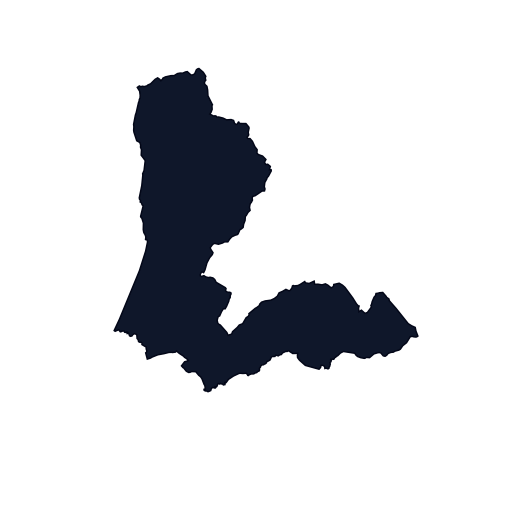 Mfantseman Municipal, Central, Ghana, rotated 116°
{"feature_id": "2480657B5340678211162", "entity_name": "Mfantseman Municipal", "entity_type": "district", "adm_level": 2, "iso_a3": "GHA", "parent_name": "Ghana", "parent_adm1": "Central", "projection": "albers", "projection_center": [-1.11, 5.277], "detail": "fine", "context": "isolated", "style": "filled", "palette": "ink", "viewbox_px": 512, "rotation_deg": 116, "n_neighbors": 0, "source": "geoboundaries", "source_scale": "gbopen_adm2", "svg_char_len": 6124}
<svg xmlns="http://www.w3.org/2000/svg" viewBox="0 0 512 512"><g transform="rotate(116 256 256)"><path d="M399.5,242.8L398.8,243.1L399.1,240.2L398.8,239.4L396.8,237.7L395.1,238.0L393.2,237.5L392.7,235.1L392.1,235.5L391.8,234.8L391.3,235.2L390.9,234.2L390.4,234.0L387.4,234.2L387.1,233.7L387.0,232.6L386.1,232.2L386.3,231.2L385.6,230.4L386.2,228.8L385.2,227.6L384.7,228.2L384.0,227.9L383.7,228.6L383.3,228.7L382.9,228.3L382.8,227.4L382.5,227.3L379.0,226.7L373.7,223.6L369.1,219.9L368.4,219.0L367.3,216.2L365.7,213.5L366.2,211.9L366.9,211.1L366.9,210.6L365.4,209.8L363.8,208.2L363.3,206.9L362.6,206.1L361.7,205.7L360.5,204.3L359.1,203.8L358.0,202.8L357.0,202.8L355.4,203.7L353.9,203.3L352.4,203.5L351.2,202.8L350.5,201.6L349.4,201.0L348.7,200.3L347.4,199.8L346.1,200.0L345.0,198.9L343.3,197.8L339.9,197.9L339.2,197.2L338.0,195.0L336.4,194.7L336.0,192.2L334.5,191.4L333.4,190.0L331.5,189.7L328.4,187.2L328.3,186.3L326.9,185.3L327.5,180.2L325.2,175.8L327.2,175.2L329.1,174.1L330.6,171.2L332.7,163.7L330.1,149.7L327.9,149.1L325.7,149.6L325.0,148.0L325.1,146.4L325.9,145.4L326.9,144.8L326.1,143.9L325.9,141.8L324.9,141.2L323.7,141.6L323.0,141.4L320.5,141.9L319.5,142.9L318.3,142.3L317.2,142.5L316.6,143.4L315.9,143.4L316.0,142.5L314.9,141.9L314.9,141.1L314.6,140.8L312.7,140.6L311.8,139.9L311.1,139.9L309.9,138.9L306.2,137.6L303.5,135.6L300.1,124.6L301.2,122.8L301.8,120.7L301.5,117.4L300.6,114.1L300.2,113.3L298.8,112.4L297.6,109.4L292.3,107.1L289.5,104.1L288.7,102.7L288.4,101.3L289.9,98.0L289.8,96.9L289.4,95.9L287.8,95.0L286.2,94.7L285.4,94.3L283.5,92.5L282.2,90.4L280.6,89.4L277.9,86.3L276.4,85.4L272.3,84.8L268.0,82.7L261.0,82.0L259.8,80.5L259.4,78.5L258.7,76.7L258.2,76.1L257.0,75.4L253.4,79.3L250.4,81.6L250.5,85.5L250.1,89.5L241.7,107.2L237.8,116.5L236.3,117.8L235.9,120.5L235.2,121.4L233.2,126.1L235.1,129.2L235.6,129.5L237.1,131.7L239.1,131.2L241.2,131.8L245.9,131.6L248.6,131.0L250.2,131.0L251.2,129.9L257.9,131.1L259.8,132.9L258.5,137.5L261.0,139.1L257.9,141.0L255.8,141.4L256.0,142.2L255.0,144.7L251.3,150.6L247.9,157.1L245.2,162.3L244.3,165.5L244.0,169.3L247.5,173.6L249.5,173.0L251.7,174.5L250.7,178.6L250.6,181.4L253.0,184.0L254.1,187.7L255.7,190.9L253.1,192.7L257.4,196.2L258.5,199.8L257.6,201.0L262.3,203.9L264.2,205.4L266.1,208.5L266.2,209.6L266.9,210.1L269.0,209.7L271.9,210.2L272.8,211.1L272.9,214.5L276.1,216.6L279.0,219.1L282.8,219.2L286.2,220.9L289.2,223.3L292.4,228.1L295.1,230.8L297.8,231.6L298.9,231.2L302.1,232.8L303.3,233.7L310.9,237.1L311.7,236.5L312.6,236.4L313.8,236.6L315.7,237.8L322.7,238.3L325.4,240.8L328.4,241.5L334.3,243.9L336.8,243.6L339.5,246.3L337.5,248.7L333.7,257.8L333.6,259.8L333.2,260.8L330.9,262.7L327.6,263.4L326.6,263.1L325.8,262.4L321.1,262.6L317.7,262.2L317.0,260.6L314.1,260.4L308.4,260.7L306.8,261.2L304.6,261.0L302.9,261.8L301.0,261.8L300.0,262.6L300.2,264.0L300.7,264.9L301.0,266.1L300.9,267.6L300.0,268.4L298.5,268.6L297.9,269.7L297.1,280.3L295.2,282.8L294.6,285.1L295.2,287.9L296.3,289.4L296.8,292.0L296.5,294.2L298.3,296.0L298.2,297.4L297.2,298.0L294.6,298.0L293.9,297.3L293.9,295.8L290.8,295.8L283.6,297.1L277.8,296.9L273.9,295.9L271.9,296.1L269.7,299.8L268.5,300.8L265.7,300.3L264.1,299.8L263.0,299.0L262.6,298.0L261.9,294.9L259.0,291.8L257.1,290.5L255.6,287.5L252.5,287.1L249.4,286.2L246.4,283.8L245.1,282.3L244.0,281.8L239.3,282.0L238.4,281.2L236.0,280.1L232.7,281.1L228.9,281.4L225.2,282.9L223.6,282.5L220.3,282.3L217.6,281.3L215.3,283.1L213.1,283.8L211.5,284.1L209.7,283.7L207.3,283.7L205.7,284.8L203.9,285.1L202.2,283.2L195.0,279.1L193.8,276.9L191.8,277.3L190.1,278.9L186.1,280.3L181.8,280.1L181.0,280.4L178.7,279.8L172.8,279.6L171.8,280.3L172.5,281.8L169.2,282.4L168.4,285.7L169.5,287.4L168.0,289.5L164.9,289.4L163.3,293.9L163.8,298.4L163.1,300.3L159.9,301.6L158.2,305.0L154.5,309.5L153.1,312.8L154.0,314.9L153.7,315.7L153.0,316.1L151.1,315.6L150.3,315.7L148.3,317.2L144.1,318.3L143.3,318.9L141.5,322.8L141.4,323.2L143.9,328.4L143.7,329.7L143.2,330.1L143.3,330.5L146.0,330.8L146.5,331.9L146.1,333.5L144.0,335.6L144.3,338.2L146.5,342.1L146.5,346.1L147.4,350.4L148.3,352.0L147.8,353.0L147.8,353.8L148.2,354.7L148.8,355.0L148.7,359.8L146.7,359.4L143.4,359.7L140.0,361.6L139.2,361.4L133.1,369.4L127.9,372.3L125.0,374.5L124.2,377.1L123.1,378.3L121.1,378.5L120.0,378.2L118.2,379.7L116.5,379.9L114.0,383.9L112.5,389.5L113.4,390.5L114.7,391.2L119.3,391.0L121.5,392.8L121.7,394.1L120.4,398.6L121.6,400.2L123.8,402.0L124.8,404.3L126.5,406.6L129.7,408.6L131.2,411.5L134.7,415.9L136.9,417.6L138.0,417.6L140.2,418.3L139.4,420.0L139.0,422.5L141.4,424.1L147.4,426.2L149.8,428.2L150.9,428.6L152.8,430.8L153.1,432.3L154.3,433.8L154.3,435.4L156.5,436.6L158.9,432.8L162.4,430.5L164.8,429.5L166.4,429.5L168.2,428.9L169.4,428.9L179.6,426.5L182.1,426.2L191.4,423.7L193.4,422.4L196.6,421.1L198.2,420.0L204.7,413.7L204.9,410.2L206.8,408.3L208.8,407.5L210.7,405.5L215.7,403.4L218.8,397.4L228.2,394.1L231.9,393.9L232.6,393.3L242.8,389.5L254.9,386.4L256.1,385.5L256.8,384.1L258.2,383.8L258.2,382.6L260.0,380.7L260.2,379.7L260.8,379.3L270.9,377.1L271.7,376.3L272.1,375.1L275.8,371.6L281.7,368.9L283.9,367.3L284.0,366.8L284.8,366.3L285.2,365.3L287.1,363.4L289.6,362.5L289.6,362.1L289.1,361.6L289.2,361.1L290.7,359.7L300.1,357.3L320.3,354.3L372.7,351.0L385.2,350.8L385.4,349.6L382.5,347.1L383.6,344.8L383.4,344.2L382.4,343.6L381.2,341.8L382.1,340.7L382.0,340.0L380.7,338.6L380.8,338.0L381.7,338.3L382.2,337.8L381.4,337.1L381.3,336.6L383.2,334.6L383.1,333.4L382.1,332.4L381.2,332.4L379.9,331.8L379.0,331.0L378.9,329.2L379.2,328.5L382.3,326.7L382.8,325.3L384.4,324.0L384.5,322.8L383.8,321.4L384.2,321.0L384.2,320.3L385.1,319.5L385.6,319.6L386.0,314.9L387.0,314.1L387.5,314.1L389.3,312.4L390.6,312.3L391.4,312.7L396.3,308.5L394.0,306.1L392.3,305.0L387.8,300.9L384.1,295.9L380.9,292.1L379.7,289.9L379.3,288.7L377.6,286.2L376.2,285.9L377.1,282.5L377.8,277.2L378.4,275.8L378.6,273.7L379.4,271.1L380.1,271.3L382.4,273.8L387.4,274.8L388.3,272.7L388.1,272.4L390.1,268.1L390.2,265.5L389.5,264.4L388.0,263.1L386.4,259.4L388.3,255.2L388.8,252.9L390.0,250.8L394.2,246.3L394.8,245.2L397.2,243.6L397.9,243.6L398.6,244.3L399.4,243.8L399.5,242.8Z" fill="#0f172a" stroke="#020617" stroke-width="1.5"/></g></svg>